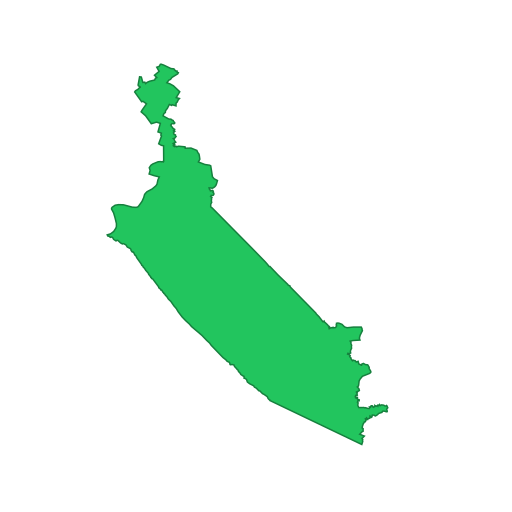 Amphawa, Samut Songkhram, Thailand (Robinson projection), rotated 302°
{"feature_id": "78962969B68169586280131", "entity_name": "Amphawa", "entity_type": "district", "adm_level": 2, "iso_a3": "THA", "parent_name": "Thailand", "parent_adm1": "Samut Songkhram", "projection": "robinson", "projection_center": [99.924, 13.363], "detail": "fine", "context": "isolated", "style": "filled", "palette": "green", "viewbox_px": 512, "rotation_deg": 302, "n_neighbors": 0, "source": "geoboundaries", "source_scale": "gbopen_adm2", "svg_char_len": 6122}
<svg xmlns="http://www.w3.org/2000/svg" viewBox="0 0 512 512"><g transform="rotate(302 256 256)"><path d="M367.9,73.3L365.5,73.4L363.5,71.8L361.2,76.0L355.5,74.1L354.7,77.3L353.4,76.5L351.5,76.8L348.0,73.3L345.7,71.7L343.7,71.0L344.5,69.6L343.2,68.1L347.0,63.9L346.3,62.3L338.5,65.4L338.0,66.1L338.1,68.0L337.7,68.4L336.8,67.9L334.9,67.6L332.2,66.2L330.8,66.2L326.2,77.3L327.3,78.2L327.0,82.5L319.5,82.1L317.4,82.2L316.4,88.1L312.7,97.1L316.8,100.7L317.8,104.6L309.3,107.1L310.0,110.7L308.1,111.2L307.7,112.3L299.6,114.0L299.7,117.1L300.5,119.2L287.3,127.6L286.7,127.6L286.5,126.6L286.0,126.3L285.3,124.7L284.0,123.0L279.4,119.7L277.3,118.8L274.3,118.7L272.4,120.9L268.9,121.9L270.1,126.9L271.8,132.1L268.5,132.5L264.4,134.0L262.4,133.9L257.8,132.4L252.8,129.5L250.4,129.0L249.1,128.9L246.1,129.8L241.9,130.4L236.2,130.0L234.8,129.7L233.7,128.5L231.9,125.3L229.2,116.5L226.7,112.2L224.4,109.6L221.1,108.2L220.0,108.2L219.2,108.7L217.1,112.4L213.8,116.1L209.6,120.4L207.0,122.0L205.3,122.4L201.4,122.3L197.7,120.9L195.1,118.6L194.4,119.7L194.9,121.1L194.6,122.6L195.5,123.3L195.7,124.1L195.5,125.0L194.7,126.4L194.6,128.9L194.6,129.3L195.7,129.8L196.0,130.7L195.3,134.3L195.4,136.3L196.0,136.7L196.3,137.4L196.5,139.8L195.4,142.1L195.7,145.5L195.2,146.6L194.5,147.1L193.8,149.0L194.3,149.4L194.2,150.3L192.6,152.8L192.6,153.9L191.3,155.9L188.4,162.9L187.6,164.1L187.5,165.4L186.8,166.3L186.5,167.9L185.4,170.1L184.2,174.1L183.6,174.6L182.5,177.8L182.1,178.1L182.1,178.8L181.6,179.4L181.8,180.6L178.2,189.9L177.7,190.2L177.4,191.0L177.3,192.6L176.7,193.5L177.1,194.1L175.9,196.4L175.9,197.2L175.4,197.7L175.4,198.7L174.7,200.0L174.3,201.9L173.0,204.6L172.4,207.7L170.1,213.1L169.2,216.2L167.4,219.7L165.1,225.8L163.9,230.6L163.0,235.6L162.0,238.7L160.0,252.3L158.3,258.9L157.6,262.8L156.5,265.4L152.4,281.8L152.0,285.5L151.4,287.3L151.7,289.7L151.3,290.5L150.2,291.5L150.3,292.1L151.3,293.2L151.9,295.0L150.9,296.4L150.1,299.5L149.8,300.0L149.7,301.3L148.8,302.3L148.2,304.7L147.5,305.9L147.4,308.8L147.6,309.6L146.9,310.2L146.1,310.5L146.4,312.1L146.2,313.5L144.6,315.4L144.3,318.2L144.7,322.8L144.0,324.1L144.1,326.3L143.2,329.8L143.6,330.8L142.7,334.5L142.9,335.9L142.7,340.1L141.6,341.7L141.2,342.9L141.2,344.2L140.8,344.4L152.2,445.6L155.3,444.8L155.7,444.2L156.8,443.9L157.4,442.6L160.7,443.3L159.8,438.4L163.2,439.1L164.1,439.7L166.4,438.3L166.3,437.2L168.0,436.5L170.8,435.8L171.6,436.0L172.8,435.8L173.3,436.5L174.8,436.4L175.9,435.0L176.3,435.4L177.3,435.5L177.1,436.0L176.2,436.8L176.5,437.4L177.4,437.2L178.7,438.5L180.7,437.5L180.7,438.4L180.2,438.8L180.2,439.3L181.0,439.6L182.7,438.9L183.6,440.5L183.5,441.5L183.6,442.0L185.2,442.9L187.7,443.6L190.1,445.7L191.1,445.6L191.8,445.9L192.8,447.9L192.8,448.8L193.4,449.7L193.9,449.6L195.2,448.1L195.9,447.9L197.1,448.2L198.3,446.5L198.4,445.9L197.7,445.8L197.4,445.2L197.1,444.6L197.2,443.5L196.3,441.4L194.9,440.6L195.4,439.7L194.8,439.8L194.4,438.6L193.3,438.9L193.6,438.2L192.6,437.9L192.4,437.0L191.9,436.8L192.1,436.1L191.3,436.5L189.9,435.7L190.2,435.2L190.0,434.6L190.6,434.2L190.1,433.1L188.8,432.8L188.4,433.1L188.1,432.4L187.8,432.9L186.5,432.8L186.1,431.5L185.7,431.0L185.5,429.4L184.9,428.9L184.7,427.8L181.9,423.5L183.3,421.4L185.6,420.4L185.7,419.5L187.0,419.2L187.8,420.2L188.7,419.8L188.7,419.4L187.9,418.8L188.7,417.9L188.6,416.5L189.4,417.1L189.7,417.0L188.9,415.4L189.1,414.8L190.6,414.4L191.1,415.6L191.7,415.7L192.5,414.6L193.6,414.4L193.6,413.5L193.9,413.2L196.2,414.8L196.8,414.9L198.0,413.5L198.6,411.3L199.5,411.7L200.6,411.6L204.6,409.7L206.6,409.5L210.4,410.0L216.7,414.6L218.1,415.0L219.0,414.5L220.4,411.8L220.8,411.3L221.6,411.0L222.9,408.4L221.9,406.3L221.8,404.0L220.4,403.0L219.3,403.4L219.1,403.1L219.2,402.1L218.9,400.5L220.8,398.4L219.2,397.2L219.8,395.5L219.3,394.5L219.2,393.6L218.3,393.3L219.3,390.8L219.8,390.6L220.1,390.1L220.1,389.5L220.4,388.7L221.5,388.6L221.7,387.2L221.3,385.7L222.2,385.5L222.5,386.7L223.9,387.7L225.1,386.6L226.6,386.1L228.3,386.0L229.9,384.8L231.0,384.4L232.0,382.9L233.1,382.3L233.7,381.0L235.7,383.0L239.8,388.7L241.1,387.2L243.9,386.3L249.1,385.8L249.6,385.1L250.4,384.6L251.5,383.0L247.2,376.1L243.4,371.2L242.8,368.7L243.6,365.1L243.0,361.9L242.3,360.6L241.6,359.9L240.9,360.4L240.0,360.5L239.5,361.4L237.5,361.4L236.3,360.0L236.4,359.2L235.8,359.2L235.5,358.3L233.9,356.9L233.2,356.6L234.0,355.8L234.4,356.4L234.7,356.3L235.1,355.3L235.1,354.3L235.6,353.0L236.4,348.8L236.9,348.2L236.6,348.1L236.2,348.3L236.2,347.8L235.7,347.5L237.9,341.7L238.8,337.8L239.3,337.0L247.7,302.2L248.1,301.1L248.7,300.5L248.3,298.9L248.7,298.2L251.6,284.6L254.5,273.3L254.0,272.6L254.9,270.4L255.9,267.1L260.5,248.3L273.5,193.5L273.7,191.5L276.1,190.1L278.1,190.0L279.0,188.9L280.2,188.5L280.9,187.8L282.2,187.7L282.4,186.0L283.1,186.1L283.7,185.9L284.3,187.1L284.8,187.5L285.9,187.6L286.9,187.0L287.3,185.6L288.3,185.5L288.6,184.6L288.5,184.0L287.3,183.3L287.1,182.8L287.8,182.0L288.1,180.9L289.0,180.1L290.3,183.0L291.1,183.6L292.7,184.3L294.5,184.6L296.2,184.3L299.6,183.3L299.3,179.6L300.1,177.1L308.5,169.8L308.4,168.5L306.5,164.1L305.2,157.3L308.3,157.1L310.7,155.1L312.2,153.7L312.9,151.8L314.2,149.9L313.1,143.7L309.9,138.9L310.0,138.5L310.9,138.2L310.9,137.8L308.1,132.2L306.4,130.6L306.7,129.8L305.5,128.9L305.7,127.4L306.2,127.2L306.6,127.9L307.4,128.1L307.8,127.6L307.4,126.9L307.5,126.1L310.0,127.6L310.3,126.4L311.4,124.9L311.7,123.7L312.7,124.6L315.0,124.9L315.3,124.0L316.0,123.5L315.7,122.1L316.8,120.7L317.9,120.9L318.3,120.0L318.9,120.8L319.2,119.8L320.3,119.9L320.3,117.7L320.8,117.1L321.2,115.2L321.8,114.8L321.9,114.3L323.9,114.6L324.6,116.3L325.4,116.7L326.0,116.4L326.5,114.6L327.0,114.0L326.8,112.1L327.0,111.3L326.3,110.3L325.9,109.0L325.6,102.9L328.1,102.4L329.6,103.1L331.2,102.3L334.2,102.6L338.6,102.2L339.0,104.7L339.9,104.7L340.9,108.6L343.3,107.2L344.7,107.6L347.2,107.3L349.0,107.6L348.0,104.4L354.9,104.3L356.6,95.8L356.4,91.8L355.7,88.6L358.9,88.9L360.5,89.9L362.9,90.1L369.0,93.1L370.3,93.0L370.1,91.6L371.0,91.1L370.3,89.7L370.6,89.4L370.6,88.2L371.0,87.9L371.2,87.2L369.9,84.5L369.0,76.5L368.4,73.9L367.9,73.3Z" fill="#22c55e" stroke="#15803d" stroke-width="1.5"/></g></svg>